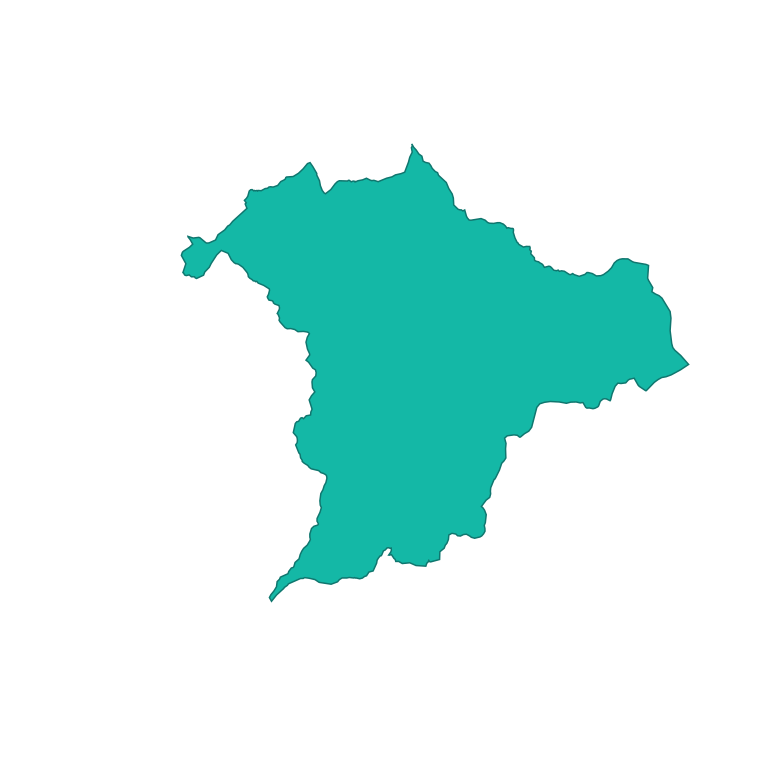 Biertan, Sibiu, Romania, rotated 303°
{"feature_id": "2599482B62458739766524", "entity_name": "Biertan", "entity_type": "district", "adm_level": 2, "iso_a3": "ROU", "parent_name": "Romania", "parent_adm1": "Sibiu", "projection": "natural_earth1", "projection_center": [24.526, 46.113], "detail": "fine", "context": "isolated", "style": "filled", "palette": "teal", "viewbox_px": 768, "rotation_deg": 303, "n_neighbors": 0, "source": "geoboundaries", "source_scale": "gbopen_adm2", "svg_char_len": 6171}
<svg xmlns="http://www.w3.org/2000/svg" viewBox="0 0 768 768"><g transform="rotate(303 384 384)"><path d="M600.6,584.5L607.4,570.4L607.9,566.5L607.3,562.7L607.3,558.4L611.2,556.9L615.0,549.4L616.3,547.5L627.5,541.3L627.0,538.6L622.3,527.6L621.9,525.7L621.8,520.5L618.8,515.7L616.9,513.7L614.5,512.2L611.0,511.2L605.5,511.5L600.8,510.6L595.3,508.5L593.0,506.9L590.3,503.3L590.1,498.6L588.7,494.6L588.0,493.5L585.3,492.8L580.6,489.1L579.3,483.9L579.4,482.1L577.3,480.9L576.8,479.7L576.8,473.9L575.6,471.2L574.0,469.7L574.4,468.1L572.9,466.9L571.9,464.4L572.9,460.8L573.0,459.1L572.5,458.0L569.2,455.0L570.5,452.2L570.7,451.0L570.5,448.5L570.7,447.2L569.9,445.0L569.7,443.5L569.9,442.8L571.8,441.3L573.2,436.1L575.6,435.2L576.0,433.1L577.7,432.5L578.7,431.3L576.8,428.3L574.8,426.4L574.5,421.1L575.3,419.5L575.4,418.3L577.9,414.2L581.5,409.9L583.8,408.7L584.6,407.8L584.6,407.3L583.6,405.7L582.7,402.9L581.6,402.2L582.6,400.0L583.1,397.1L582.4,393.3L581.0,391.2L578.4,388.5L576.3,384.9L575.9,382.9L576.5,379.6L575.6,375.3L568.7,367.7L567.9,366.1L568.7,363.4L569.6,361.8L573.9,356.9L572.1,355.9L572.1,353.8L571.5,353.1L570.9,351.0L572.1,345.0L577.7,340.9L580.5,337.7L583.2,331.9L586.9,326.5L588.7,316.1L590.4,313.8L590.1,311.3L591.1,307.0L592.6,304.4L593.7,301.5L592.4,298.0L592.2,295.4L595.7,291.7L595.9,287.9L597.8,283.5L598.7,280.0L600.5,276.5L599.1,278.1L597.1,278.3L593.8,281.4L588.2,282.1L583.4,283.7L572.9,286.0L569.7,283.7L565.6,279.7L562.1,277.9L558.0,274.1L550.5,268.9L549.3,264.6L547.9,263.0L547.5,261.6L547.0,257.2L543.6,254.9L540.2,251.4L538.0,250.0L537.7,249.4L538.1,249.2L537.4,247.6L535.7,246.4L535.9,244.0L535.4,243.2L534.4,242.9L530.1,235.8L528.3,234.7L525.3,234.0L518.0,233.5L511.7,231.3L511.6,229.8L512.7,226.8L515.6,222.7L519.4,219.1L522.6,213.8L524.0,212.9L527.5,206.0L529.4,201.4L527.2,199.8L520.4,199.0L514.1,197.5L508.5,194.8L504.5,189.5L503.7,189.2L502.3,189.6L500.6,189.0L497.6,187.2L492.6,186.7L488.8,183.8L487.6,181.4L486.5,180.2L484.7,179.7L483.2,177.9L479.2,175.7L477.8,173.1L477.0,172.9L477.1,172.0L476.1,171.2L475.8,170.0L475.1,169.7L475.2,167.5L474.3,166.4L472.4,165.9L467.3,167.5L464.7,167.5L462.0,166.9L460.9,169.8L459.4,169.5L456.7,173.4L438.0,168.5L433.4,168.0L431.3,166.9L426.5,166.5L418.9,163.5L413.0,164.3L407.0,160.4L405.6,158.5L405.5,157.5L406.4,150.0L406.1,148.8L402.5,144.5L401.0,139.2L400.6,139.6L399.5,142.8L397.1,147.4L392.7,146.4L386.0,143.4L384.6,143.2L381.5,144.0L377.0,152.3L367.9,154.7L368.0,155.3L366.9,157.3L366.9,158.1L367.3,159.2L369.4,161.2L369.0,164.0L370.7,166.7L370.2,167.9L370.4,169.3L377.0,173.4L380.3,172.7L386.7,173.9L391.0,173.4L401.2,173.4L407.4,174.8L408.7,182.1L405.1,188.2L404.1,192.2L404.2,194.3L404.8,195.1L405.2,197.0L405.0,202.1L402.8,208.8L401.7,210.4L400.1,211.8L399.6,214.1L399.7,216.4L399.3,218.2L400.0,219.4L399.9,220.7L400.8,221.4L400.1,223.5L401.2,229.4L401.3,236.0L400.2,237.0L396.3,238.3L393.6,238.6L392.9,239.4L391.7,241.8L392.9,244.8L392.8,246.0L391.8,247.1L391.6,249.0L392.6,253.1L391.3,254.6L389.8,255.5L384.9,256.1L384.8,257.1L382.5,260.4L380.3,261.3L379.3,263.4L377.4,270.4L377.6,272.7L379.7,275.6L381.1,279.5L381.0,283.3L384.3,287.9L385.8,291.3L386.0,292.5L385.6,294.0L381.5,294.2L376.6,295.8L371.6,300.8L369.0,304.9L367.9,305.9L361.5,305.6L361.2,308.9L358.5,315.6L358.6,318.7L356.6,320.9L353.6,322.4L348.7,321.6L346.5,322.5L341.8,326.1L339.7,330.3L334.7,329.6L329.9,329.9L323.7,337.4L320.7,337.9L318.0,339.3L315.0,336.1L311.1,335.4L311.1,333.6L309.9,332.6L306.2,332.7L304.8,331.4L302.6,331.1L293.8,334.4L292.3,339.4L291.5,340.5L289.7,342.0L287.6,343.1L284.8,343.1L279.8,350.2L279.4,351.8L276.7,354.2L275.4,357.0L274.5,357.6L274.1,360.1L274.2,364.4L273.4,366.6L273.2,369.1L275.8,376.4L275.3,379.4L276.0,381.8L276.2,384.2L275.9,385.6L274.0,387.4L269.6,389.0L266.3,389.2L262.0,390.4L257.7,390.7L251.2,393.8L247.7,396.5L246.2,398.8L241.6,400.2L234.8,401.1L232.5,402.5L231.1,405.0L230.6,405.3L229.5,405.2L226.5,402.7L223.4,401.9L217.8,403.5L215.1,405.3L213.7,406.8L212.1,407.2L207.1,407.4L202.4,406.1L199.0,406.1L195.4,406.6L191.1,408.0L185.9,406.6L181.6,407.9L180.6,407.7L179.2,406.5L174.9,406.2L172.6,406.8L165.6,402.3L163.3,402.7L160.1,402.0L155.3,404.3L150.2,404.4L145.9,403.9L142.5,404.2L140.5,408.0L148.6,408.8L158.1,411.3L159.0,411.2L162.5,412.6L164.4,412.7L175.4,419.9L176.9,422.1L178.4,422.9L180.3,426.9L182.4,432.7L182.3,437.2L182.6,438.3L187.3,448.7L192.8,452.8L195.6,453.1L198.5,454.5L201.1,458.5L202.8,460.2L204.9,464.4L205.6,464.8L205.6,465.6L206.1,466.2L207.4,469.7L209.5,471.6L212.0,472.5L213.6,473.8L218.1,473.8L221.3,476.7L229.7,475.4L232.4,474.2L234.9,474.1L237.8,474.4L238.3,475.1L239.5,475.2L243.8,474.4L245.4,475.4L248.3,475.9L249.2,477.1L249.6,478.7L250.3,479.4L248.6,480.7L246.8,481.2L243.1,481.1L243.6,482.0L245.0,483.1L243.1,487.5L243.0,488.9L241.6,490.5L243.2,493.0L243.4,497.1L248.1,503.0L249.2,509.7L254.0,518.3L257.0,517.5L258.4,517.9L260.4,517.7L259.8,518.8L260.2,520.0L267.1,526.2L273.7,522.2L279.0,523.9L282.2,523.2L284.6,523.5L288.7,522.7L292.7,520.6L295.6,522.2L296.0,522.8L297.3,526.0L296.8,528.3L298.1,530.9L301.1,532.7L302.9,534.9L303.2,538.7L303.0,540.7L304.0,544.0L308.0,547.8L309.8,548.7L312.6,549.1L315.5,548.9L317.7,547.4L320.0,545.1L322.9,544.5L330.1,540.9L332.9,537.1L334.0,534.5L334.3,532.4L342.2,532.9L346.5,534.4L349.9,533.3L352.1,531.6L355.1,530.0L361.3,528.8L364.1,528.3L364.4,528.7L366.2,528.7L374.6,527.7L381.6,525.9L384.8,526.5L388.3,526.5L395.9,521.2L400.6,518.7L404.3,514.6L407.7,515.6L412.1,520.7L413.6,523.7L413.3,526.6L413.8,527.3L418.9,528.9L423.3,531.1L428.1,531.4L447.6,524.9L452.2,525.4L456.1,528.6L459.9,533.0L464.4,540.8L467.2,547.5L470.5,550.5L473.6,555.0L475.0,558.9L476.5,560.5L476.7,561.2L474.3,565.8L474.3,567.3L475.7,569.2L477.1,572.7L478.5,574.1L481.2,575.7L482.5,575.9L487.3,574.8L490.5,575.8L491.6,576.8L492.6,578.6L493.1,582.7L494.1,582.7L500.2,580.6L508.0,579.1L512.1,579.7L513.5,582.5L516.6,586.1L520.4,586.7L521.8,587.4L525.1,590.7L521.4,597.8L521.0,599.5L520.9,607.1L521.3,607.6L532.6,609.8L536.9,611.4L540.7,613.4L543.7,616.6L548.1,619.9L557.5,625.0L566.3,628.8L569.5,617.4L570.7,609.5L571.9,606.3L574.7,603.2L584.6,594.9L595.5,588.8L600.6,584.5Z" fill="#14b8a6" stroke="#0f766e" stroke-width="1.5"/></g></svg>